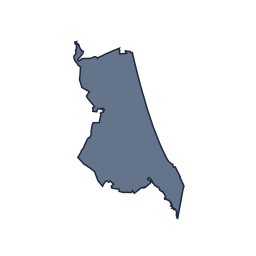 Tonalá, Chiapas, Mexico, rotated 219°
{"feature_id": "50627088B19211860628202", "entity_name": "Tonalá", "entity_type": "district", "adm_level": 2, "iso_a3": "MEX", "parent_name": "Mexico", "parent_adm1": "Chiapas", "projection": "mercator", "projection_center": [-93.916, 15.982], "detail": "fine", "context": "isolated", "style": "filled", "palette": "slate", "viewbox_px": 256, "rotation_deg": 219, "n_neighbors": 0, "source": "geoboundaries", "source_scale": "gbopen_adm2", "svg_char_len": 4871}
<svg xmlns="http://www.w3.org/2000/svg" viewBox="0 0 256 256"><g transform="rotate(219 128 128)"><path d="M148.5,73.6L139.1,72.2L135.9,72.8L135.3,72.6L132.4,73.0L126.4,73.0L118.1,68.1L111.1,66.7L111.7,69.5L111.8,72.1L111.3,73.5L108.8,73.7L108.5,75.6L103.8,75.3L103.9,74.7L104.4,72.7L103.2,71.1L101.8,71.7L96.4,74.8L95.1,73.2L94.1,73.6L90.4,75.4L90.3,75.5L89.8,76.0L89.5,76.7L88.0,77.5L84.7,80.1L84.7,80.5L85.0,82.2L82.0,81.2L80.0,89.9L78.9,91.0L77.9,91.3L78.2,92.3L77.2,92.6L75.9,99.9L76.5,101.0L76.9,101.2L77.2,100.9L77.5,101.1L77.5,100.8L78.3,100.8L78.8,100.6L79.0,100.7L79.5,100.4L79.6,100.5L80.4,100.6L80.5,102.7L80.0,102.6L79.5,102.8L79.1,102.8L78.2,102.5L77.4,102.5L76.4,102.0L75.9,101.9L75.6,101.6L74.9,101.3L74.7,101.1L74.5,101.3L74.4,101.3L74.1,101.1L74.0,100.9L73.8,100.9L73.7,101.1L72.8,100.7L71.8,100.4L70.9,100.5L70.8,100.3L70.6,100.3L69.9,100.4L69.2,100.5L68.1,100.5L67.7,100.6L67.4,100.9L67.2,100.9L66.9,101.0L66.2,100.9L65.4,100.4L65.1,100.4L65.1,100.2L64.7,100.0L64.5,99.9L64.4,99.8L64.3,99.7L63.7,99.8L63.3,99.7L62.5,99.9L62.0,99.8L61.8,99.9L61.2,100.2L61.1,100.3L60.9,100.5L60.4,100.2L60.0,100.1L59.8,99.8L59.2,99.8L58.4,99.6L57.9,99.3L57.3,99.1L55.9,98.5L55.7,98.2L55.4,97.6L55.2,97.4L55.1,97.2L54.9,97.1L54.7,96.8L54.9,96.3L54.9,96.1L55.0,96.1L54.9,96.0L54.8,96.4L54.5,96.7L54.4,96.6L54.3,96.2L54.2,96.2L54.3,96.6L54.3,96.8L54.1,96.9L53.9,96.9L53.4,97.0L53.1,97.0L52.7,96.9L52.3,96.8L52.2,97.0L51.8,97.1L51.5,97.2L51.4,97.2L51.5,97.1L51.4,97.1L51.2,97.3L50.9,97.2L50.4,97.4L50.2,97.2L49.9,97.3L49.9,97.1L49.8,97.3L49.4,97.2L49.2,97.1L48.7,97.0L48.3,97.2L48.1,97.1L48.1,96.9L47.9,96.7L48.0,96.6L47.8,96.7L48.0,96.8L47.7,97.1L47.4,96.7L47.2,96.7L47.2,96.4L47.0,96.5L46.8,96.5L46.6,96.4L46.2,96.2L46.4,96.0L46.3,95.9L46.1,96.1L45.8,96.0L45.5,96.0L45.2,95.9L45.1,95.6L45.3,95.5L45.4,95.3L45.2,95.4L45.3,95.5L45.2,95.5L45.0,95.4L45.0,95.2L45.0,95.3L44.9,95.3L44.8,95.1L45.0,94.9L44.9,94.8L44.8,95.2L44.6,95.0L44.4,94.9L44.5,94.8L44.5,94.7L44.9,94.4L44.7,94.4L44.7,94.6L44.4,94.6L44.2,94.8L43.9,94.7L43.5,94.5L43.6,94.3L43.5,94.2L43.7,93.6L43.7,94.0L43.4,93.9L43.3,94.2L43.4,94.3L43.0,94.3L42.8,94.2L42.9,93.8L42.6,94.1L42.0,94.2L42.0,93.9L41.9,93.7L42.0,93.6L41.9,93.5L42.0,93.8L41.8,93.7L41.9,94.0L41.6,94.1L41.2,94.5L40.8,94.6L40.6,94.7L40.5,94.3L40.4,94.4L40.1,94.3L40.0,94.5L39.3,94.5L38.9,94.3L38.8,94.2L38.6,94.1L38.5,93.8L38.1,93.8L37.8,93.8L37.6,93.3L37.1,93.1L36.5,93.0L36.3,92.8L36.2,92.8L36.2,92.7L36.3,92.4L36.2,92.4L36.2,92.2L36.0,91.9L36.0,91.5L36.1,91.4L35.8,91.1L35.6,91.0L35.2,90.2L34.9,90.2L34.4,89.8L33.8,89.5L33.7,89.4L33.7,89.5L33.5,89.4L33.2,89.4L32.7,89.3L47.3,116.2L47.3,117.0L47.8,117.4L48.1,118.2L48.6,118.4L49.5,118.9L50.8,119.6L51.6,119.8L52.9,120.5L53.4,121.0L54.0,121.1L54.4,121.4L55.6,121.6L55.9,121.9L56.6,122.0L56.6,122.9L65.8,127.0L66.2,127.2L66.9,127.5L67.2,127.1L67.4,126.4L67.6,126.3L67.9,126.2L69.3,127.0L69.6,127.4L70.6,127.9L71.6,127.7L72.2,127.5L72.6,127.5L74.4,127.5L75.3,127.6L76.5,127.9L78.8,128.8L86.3,132.2L94.5,136.4L109.1,144.7L121.8,152.8L127.5,156.6L130.4,158.7L130.8,158.8L131.8,159.5L132.2,160.0L138.4,164.2L143.2,167.6L154.3,175.7L164.8,183.6L172.1,189.3L172.8,188.3L174.2,188.9L178.6,186.3L178.1,185.8L176.1,185.2L180.9,180.5L181.2,180.6L181.4,181.0L182.2,181.3L182.5,181.9L182.9,182.2L183.0,182.8L183.4,183.4L183.7,183.4L184.2,183.2L184.5,183.3L184.9,184.6L188.0,179.0L192.6,170.1L193.2,168.3L194.0,167.1L195.4,164.1L195.5,163.0L195.8,163.3L196.0,163.3L198.0,163.0L199.3,161.7L200.3,159.4L201.5,158.1L204.2,155.7L205.1,155.1L207.2,153.1L207.4,152.9L208.0,150.0L208.4,149.0L210.1,149.3L209.9,156.9L209.9,157.1L210.9,159.5L212.4,159.1L212.7,158.7L213.2,159.1L213.7,159.1L214.1,159.5L214.3,159.5L214.8,159.5L216.1,160.1L216.4,160.3L216.6,160.4L217.7,161.0L218.5,161.8L219.3,161.9L219.9,161.7L220.8,161.8L221.3,161.8L221.9,161.9L222.1,162.2L222.3,162.8L223.0,161.7L223.3,161.4L223.0,161.2L223.0,160.8L222.9,160.7L222.0,160.4L221.4,159.9L220.8,160.1L220.4,160.4L220.2,160.4L219.7,159.7L219.3,158.7L218.9,158.4L218.4,157.7L218.0,157.5L217.8,157.1L218.0,156.2L218.0,155.9L217.5,155.3L217.2,155.1L216.9,154.8L216.6,154.4L216.5,154.2L216.2,154.0L215.9,153.9L215.6,153.6L215.3,153.0L215.3,152.5L215.2,152.3L215.3,151.2L215.3,150.0L215.1,149.5L213.4,148.0L211.5,146.8L208.2,146.2L207.2,145.8L206.6,145.5L203.0,145.4L202.4,144.2L199.0,139.6L197.0,136.4L196.5,135.8L196.3,135.2L190.1,131.0L189.5,130.4L180.8,131.9L180.5,127.0L180.1,126.4L178.3,125.8L175.3,125.1L167.7,123.7L167.5,123.0L168.2,121.3L167.1,120.8L165.9,118.8L162.5,120.9L163.4,123.0L163.2,124.5L160.0,126.0L160.7,126.5L160.5,126.8L159.6,127.7L157.7,127.1L158.5,126.1L157.1,125.2L158.0,124.0L158.7,122.3L158.1,122.4L153.8,114.2L154.3,113.5L158.4,110.2L157.6,107.6L154.1,101.4L153.5,101.4L152.1,98.4L151.6,96.5L152.4,96.0L152.6,93.9L150.9,87.0L150.0,84.7L150.1,81.7L149.1,78.1L148.5,73.6Z" fill="#64748b" stroke="#1e293b" stroke-width="1.5"/></g></svg>